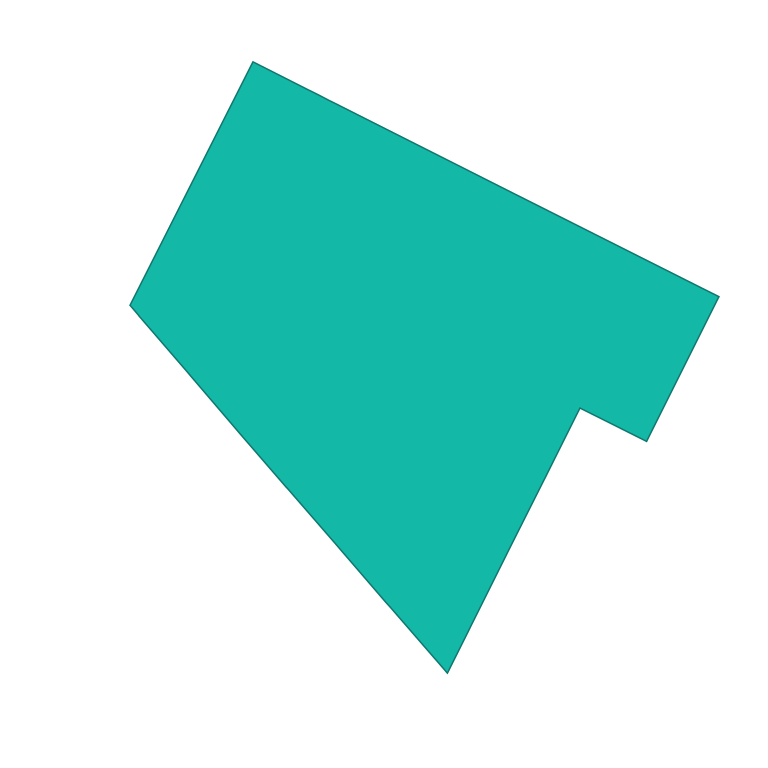 outline of Maipú, Chaco, Argentina, rotated 26°
{"feature_id": "61730980B32461814462498", "entity_name": "Maipú", "entity_type": "district", "adm_level": 2, "iso_a3": "ARG", "parent_name": "Argentina", "parent_adm1": "Chaco", "projection": "natural_earth1", "projection_center": [-60.353, -26.376], "detail": "fine", "context": "isolated", "style": "filled", "palette": "teal", "viewbox_px": 768, "rotation_deg": 26, "n_neighbors": 0, "source": "geoboundaries", "source_scale": "gbopen_adm2", "svg_char_len": 866}
<svg xmlns="http://www.w3.org/2000/svg" viewBox="0 0 768 768"><g transform="rotate(26 384 384)"><path d="M645.2,320.5L645.2,320.3L645.2,315.7L646.7,161.5L646.8,158.7L641.5,158.6L639.2,158.6L631.7,158.5L628.2,158.5L416.2,155.9L214.6,153.2L210.2,153.2L202.8,153.0L199.7,152.9L185.3,152.8L132.4,152.0L125.0,151.9L121.6,396.2L121.2,424.6L121.5,424.7L133.2,429.8L133.8,430.2L202.8,459.8L206.8,461.6L272.4,490.1L275.8,491.6L341.7,519.8L341.8,519.7L411.4,549.3L418.3,552.3L480.8,579.2L488.0,582.1L550.4,608.7L550.7,608.8L557.5,611.7L567.7,616.1L567.8,614.3L567.8,611.2L568.2,570.4L568.2,567.9L568.2,564.3L568.2,562.1L568.3,554.1L568.9,484.4L568.9,481.3L568.9,480.5L569.0,473.3L569.8,408.3L569.9,400.4L570.0,396.4L570.0,392.4L570.6,327.4L570.7,319.7L578.0,319.8L637.7,320.4L640.1,320.4L645.1,320.5L645.2,320.5Z" fill="#14b8a6" stroke="#0f766e" stroke-width="1.5"/></g></svg>